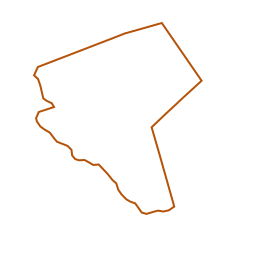 outline of Lajes Pintadas, Rio Grande do Norte, Brazil, rotated 252°
{"feature_id": "56859067B10591295929522", "entity_name": "Lajes Pintadas", "entity_type": "district", "adm_level": 2, "iso_a3": "BRA", "parent_name": "Brazil", "parent_adm1": "Rio Grande do Norte", "projection": "natural_earth1", "projection_center": [-36.154, -6.15], "detail": "fine", "context": "isolated", "style": "outline", "palette": "amber", "viewbox_px": 256, "rotation_deg": 252, "n_neighbors": 0, "source": "geoboundaries", "source_scale": "gbopen_adm2", "svg_char_len": 732}
<svg xmlns="http://www.w3.org/2000/svg" viewBox="0 0 256 256"><g transform="rotate(252 128 128)"><path d="M150.2,212.6L217.4,192.6L218.9,154.0L218.4,146.1L215.2,86.3L213.9,61.2L207.1,54.9L202.4,57.6L195.2,57.7L182.4,56.6L179.2,58.9L175.0,63.2L170.8,64.1L170.8,48.1L165.7,43.6L162.3,43.4L156.5,45.1L152.2,48.3L147.6,52.3L140.6,54.7L136.9,56.2L129.6,65.0L124.7,67.5L119.1,66.4L114.7,68.2L112.4,71.5L111.0,76.8L107.4,80.2L103.6,83.5L102.3,88.9L90.2,94.6L83.2,97.2L79.1,99.7L72.4,99.7L67.1,101.2L60.7,104.4L57.5,107.2L54.0,111.6L43.4,114.9L40.6,119.0L40.4,126.7L40.1,131.1L37.7,135.6L37.1,141.5L39.0,147.7L93.4,149.8L121.4,150.7L129.8,168.2L135.4,180.4L138.6,187.1L150.2,212.6Z" fill="none" stroke="#b45309" stroke-width="2"/></g></svg>